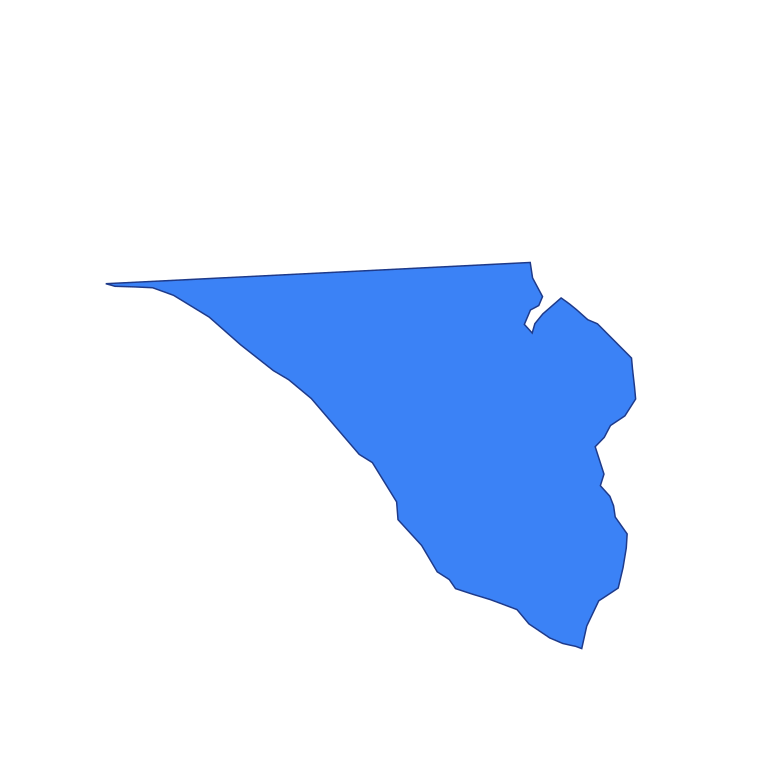 Sapphire, Soufrière, Saint Lucia, rotated 203°
{"feature_id": "8701671B57170093007223", "entity_name": "Sapphire", "entity_type": "district", "adm_level": 2, "iso_a3": "LCA", "parent_name": "Saint Lucia", "parent_adm1": "Soufrière", "projection": "albers", "projection_center": [-61.049, 13.85], "detail": "fine", "context": "isolated", "style": "filled", "palette": "blue", "viewbox_px": 768, "rotation_deg": 203, "n_neighbors": 0, "source": "geoboundaries", "source_scale": "gbopen_adm2", "svg_char_len": 1017}
<svg xmlns="http://www.w3.org/2000/svg" viewBox="0 0 768 768"><g transform="rotate(203 384 384)"><path d="M238.2,223.6L225.1,224.7L219.5,225.2L201.6,227.1L173.4,228.3L156.9,219.8L132.2,215.0L118.1,215.0L110.8,216.3L105.1,217.4L103.1,217.5L98.6,217.7L102.8,240.4L101.6,268.3L92.9,281.3L88.7,287.7L89.4,292.0L92.2,308.3L96.9,327.7L101.6,341.0L105.5,343.4L119.2,351.9L125.1,361.6L132.2,368.9L145.1,374.9L146.3,387.0L165.1,408.8L160.4,421.0L159.8,428.5L159.3,434.3L149.8,448.8L146.5,468.5L152.2,479.1L159.2,491.5L160.4,493.7L160.9,494.5L166.3,504.6L211.0,522.8L221.6,522.8L235.7,527.6L244.0,530.0L253.5,532.2L254.6,532.4L265.2,510.6L268.7,498.5L267.5,488.8L278.1,493.7L278.1,509.4L272.2,516.7L272.2,526.4L288.7,539.7L296.9,553.0L679.3,367.6L673.4,368.4L669.9,368.8L651.1,376.1L634.6,382.2L612.3,383.4L571.1,377.3L531.1,364.0L491.1,353.1L473.4,350.7L445.2,342.2L379.3,309.5L364.0,307.1L326.3,280.4L318.1,264.6L286.3,250.1L261.6,231.9L247.5,229.5L238.2,223.6Z" fill="#3b82f6" stroke="#1e3a8a" stroke-width="1.5"/></g></svg>